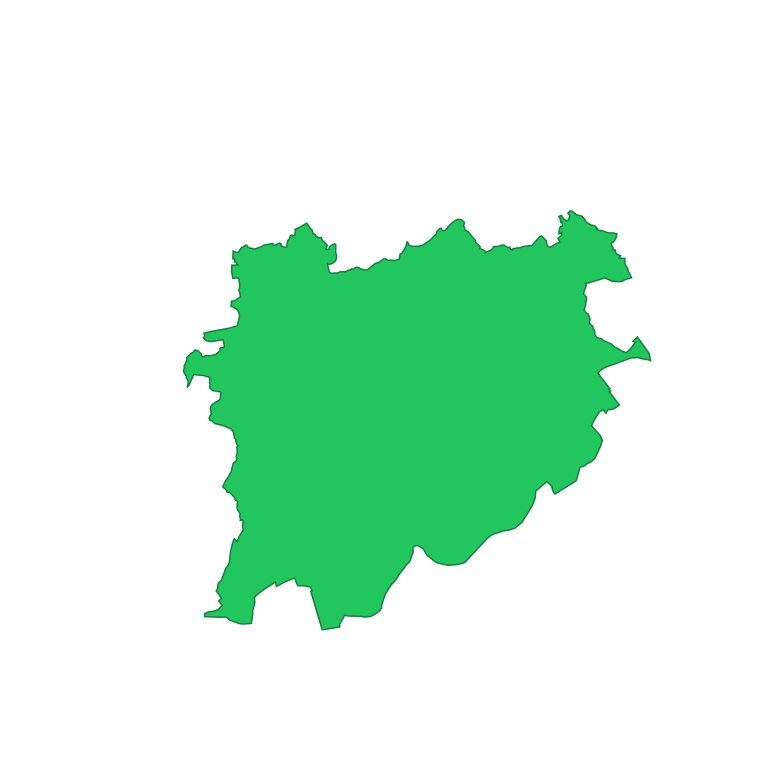 outline of Branistea, Bistrita-Nasaud, Romania, rotated 147°
{"feature_id": "2599482B22928448752539", "entity_name": "Branistea", "entity_type": "district", "adm_level": 2, "iso_a3": "ROU", "parent_name": "Romania", "parent_adm1": "Bistrita-Nasaud", "projection": "natural_earth1", "projection_center": [24.066, 47.15], "detail": "fine", "context": "isolated", "style": "filled", "palette": "green", "viewbox_px": 768, "rotation_deg": 147, "n_neighbors": 0, "source": "geoboundaries", "source_scale": "gbopen_adm2", "svg_char_len": 6171}
<svg xmlns="http://www.w3.org/2000/svg" viewBox="0 0 768 768"><g transform="rotate(147 384 384)"><path d="M550.3,488.6L548.9,488.7L538.5,495.5L530.8,489.5L526.6,484.4L532.2,475.3L531.2,471.7L525.6,466.6L525.6,465.7L529.7,460.3L538.8,460.5L541.5,459.4L543.3,457.6L543.8,454.9L544.5,454.7L545.3,452.8L546.3,452.5L549.5,450.4L549.6,448.5L549.2,447.4L548.3,447.2L547.5,443.1L539.5,434.4L539.2,433.1L536.9,429.9L536.4,427.2L536.7,424.9L538.8,420.3L538.3,417.8L539.4,416.9L540.3,413.8L540.2,411.8L541.7,411.2L544.5,406.4L547.4,403.8L548.2,401.0L550.7,399.9L553.5,399.8L559.8,393.8L566.6,390.1L568.1,389.9L575.4,385.6L574.0,381.8L574.5,378.3L572.5,377.3L571.0,369.2L571.9,368.5L571.8,367.4L570.9,366.4L571.0,365.2L574.8,360.1L575.3,358.0L575.4,353.6L577.4,351.1L577.7,349.0L578.8,348.0L578.1,347.3L576.9,347.3L576.5,345.3L578.3,344.5L578.3,343.5L580.8,340.9L580.9,338.7L589.6,334.4L593.3,331.4L593.9,335.8L598.0,332.8L604.6,326.3L611.7,317.7L617.3,315.4L626.9,308.2L630.2,307.5L632.4,306.3L633.7,304.9L634.5,303.2L637.4,301.9L637.0,292.6L640.8,292.0L640.3,286.1L642.1,286.1L645.9,285.0L651.6,286.6L655.3,288.5L659.6,289.0L661.2,286.7L648.9,277.9L643.2,274.5L642.2,270.3L635.9,262.1L633.5,259.8L625.6,255.4L618.6,263.5L618.1,264.9L611.3,271.1L609.0,275.5L606.5,276.2L598.0,277.1L582.8,277.0L584.5,272.7L574.5,271.9L564.6,270.0L566.2,262.3L565.6,261.3L560.9,258.3L556.3,253.7L557.0,249.7L558.3,250.0L569.7,211.5L553.4,204.3L552.2,206.6L543.0,211.4L540.2,208.8L529.7,201.5L526.8,198.9L523.1,196.9L519.6,196.0L514.1,195.8L509.9,196.6L508.0,197.6L505.8,200.4L497.3,207.0L492.9,209.2L486.9,211.8L480.7,213.2L475.0,216.0L462.5,220.4L459.4,220.8L450.6,227.6L449.2,230.8L446.1,231.4L443.5,230.0L440.9,224.5L441.1,216.4L438.0,207.4L436.3,204.5L429.1,197.1L420.6,192.5L413.6,190.3L381.3,198.3L377.6,198.7L374.3,198.6L363.8,195.7L359.0,193.5L352.8,191.8L343.7,192.8L325.9,201.2L319.7,205.7L315.0,211.5L300.7,213.5L298.9,206.2L299.5,205.9L300.3,203.0L300.9,200.4L300.6,198.6L275.4,198.2L264.8,207.5L259.7,206.0L259.0,206.7L253.8,206.1L248.0,206.6L236.3,213.8L231.7,217.6L230.7,222.4L232.6,236.1L226.0,239.9L219.2,243.0L214.2,243.3L213.8,238.6L210.2,240.5L207.3,238.9L204.1,237.9L198.0,238.2L199.3,254.7L197.8,254.6L198.1,257.0L197.1,257.1L198.7,276.6L194.5,277.6L189.6,277.5L162.3,271.2L156.3,267.6L154.7,265.5L148.8,260.0L147.9,258.3L145.2,264.5L145.0,265.9L145.9,285.5L151.9,284.1L150.6,282.0L158.0,279.3L163.5,278.3L166.6,281.9L167.7,284.8L170.3,289.2L171.7,294.0L176.2,300.9L176.9,303.5L180.0,306.7L180.4,309.8L179.6,311.8L178.6,313.2L178.1,317.5L177.5,318.6L178.7,323.1L175.9,326.0L174.8,330.1L174.8,332.0L175.8,333.3L176.0,336.5L173.3,339.5L171.5,340.6L170.0,342.9L167.7,345.0L166.9,346.5L167.7,350.7L164.6,353.7L160.8,356.3L160.1,358.6L157.0,357.2L141.0,352.7L136.6,345.8L130.7,341.5L128.4,340.4L124.7,340.2L118.4,338.3L117.7,346.0L116.6,348.7L116.9,350.6L116.1,354.1L113.6,358.1L118.3,361.4L115.7,362.8L117.6,365.3L118.1,366.9L117.8,369.2L117.1,370.4L119.3,372.1L118.0,372.9L117.7,373.8L117.7,376.2L116.9,378.4L114.7,378.0L112.4,378.8L109.7,380.3L106.8,383.0L109.1,385.5L114.1,389.0L117.3,393.4L120.9,396.7L121.5,397.8L120.4,398.2L120.7,398.5L121.0,401.6L124.0,404.9L126.2,409.8L126.1,414.0L126.7,417.0L130.3,421.1L132.3,426.9L133.6,427.8L136.8,427.0L136.5,424.3L137.0,423.0L139.0,422.0L139.6,421.1L140.4,421.0L142.2,421.6L142.6,423.5L143.6,424.8L143.2,428.7L146.1,429.3L146.4,425.3L147.3,424.8L147.7,423.4L146.5,422.8L147.2,421.8L147.1,420.8L148.8,419.3L150.6,419.8L153.2,417.8L155.5,414.6L152.5,414.2L154.3,411.9L158.8,411.5L159.0,408.2L159.7,407.0L161.5,407.3L162.1,407.9L168.1,407.9L170.4,408.3L171.6,410.2L171.7,411.9L169.9,415.4L171.2,422.3L173.2,422.8L184.5,419.5L190.7,422.9L197.1,424.7L197.9,425.6L200.7,426.3L201.2,427.0L202.0,427.3L203.7,426.5L204.7,428.2L204.0,430.4L205.8,430.8L207.6,434.9L209.7,436.5L212.3,436.8L217.5,439.6L218.9,438.5L221.2,438.0L227.4,439.1L227.0,440.7L228.2,443.3L230.1,445.2L228.6,446.7L230.0,453.6L229.3,453.9L229.1,455.3L229.6,457.2L230.5,466.4L232.3,469.3L231.2,471.5L231.1,473.3L228.5,475.5L229.5,479.6L232.6,482.0L236.8,482.3L240.9,481.8L249.3,479.5L251.8,481.2L251.2,483.5L252.7,484.0L257.0,483.0L257.5,481.9L258.7,481.3L266.8,479.6L275.7,479.3L278.6,480.0L284.8,483.7L286.4,485.3L287.6,486.5L286.9,489.1L287.3,490.6L290.8,487.5L293.4,485.9L298.1,483.8L299.8,484.2L303.4,480.2L308.9,482.3L310.1,483.8L313.3,485.4L314.4,488.2L315.5,489.1L322.3,488.9L326.1,489.9L335.7,488.8L338.1,490.1L340.9,493.3L341.5,494.8L343.4,497.0L345.4,497.3L346.8,496.9L348.5,498.2L350.4,498.0L352.3,499.1L354.2,498.5L360.0,502.2L361.6,502.0L367.5,505.4L368.4,506.2L368.9,507.7L366.0,515.6L365.5,515.7L365.5,514.8L364.8,514.2L362.1,513.3L358.2,513.6L356.5,514.3L353.8,517.4L352.8,520.9L349.2,526.0L348.6,527.6L349.4,528.5L350.6,528.8L353.4,528.9L355.5,528.4L356.6,527.1L359.8,528.2L356.0,531.3L357.4,538.2L357.4,539.6L356.6,540.9L359.1,542.3L360.5,544.9L360.2,546.7L361.6,549.2L360.4,551.9L361.1,554.5L361.2,561.0L372.3,561.6L374.6,562.2L374.5,561.2L377.6,557.6L379.3,557.6L380.1,558.2L380.1,559.2L381.7,559.3L384.6,557.0L386.5,556.8L391.2,552.0L391.9,552.0L393.7,553.6L394.8,555.7L395.1,556.5L393.9,557.3L394.8,559.1L400.1,559.8L401.4,561.2L400.6,562.3L409.2,566.0L411.3,565.8L418.8,567.6L420.3,568.7L420.5,569.5L422.8,571.1L423.6,573.5L423.4,574.8L424.1,575.8L428.2,575.6L428.7,576.2L434.4,573.9L435.7,574.3L438.1,577.7L442.6,571.3L441.1,570.1L443.0,568.0L441.4,565.8L442.2,564.9L441.8,563.3L447.0,566.5L450.6,561.3L453.2,555.0L449.1,552.8L448.3,551.1L449.6,549.2L450.0,547.5L452.3,543.9L453.2,542.7L454.9,541.9L455.0,539.7L457.0,535.3L463.9,535.1L466.7,536.5L470.1,532.3L469.4,532.0L466.9,527.0L466.5,524.4L466.9,522.8L468.0,519.9L475.5,512.6L484.3,515.5L501.5,522.7L507.4,524.6L508.1,521.8L510.4,521.1L509.6,517.2L505.7,513.5L494.7,508.8L497.3,502.7L497.9,502.2L498.9,501.8L500.6,503.2L501.5,503.3L502.2,503.1L503.3,501.1L509.3,500.4L513.9,502.2L517.7,504.8L518.8,505.1L519.8,504.7L521.4,506.2L521.5,507.6L520.9,508.6L521.8,512.6L523.7,515.5L527.3,514.5L528.0,514.7L535.2,513.6L535.9,511.6L542.3,507.5L542.4,506.3L544.8,504.6L545.5,502.4L545.4,498.2L546.4,496.9L546.4,494.7L546.8,492.8L550.3,488.6Z" fill="#22c55e" stroke="#15803d" stroke-width="1.5"/></g></svg>